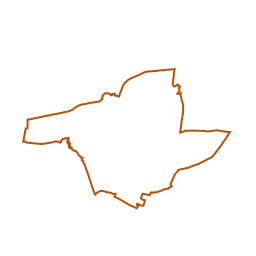 the district of Faurei, Neamt, Romania, rotated 308°
{"feature_id": "2599482B17296269865935", "entity_name": "Faurei", "entity_type": "district", "adm_level": 2, "iso_a3": "ROU", "parent_name": "Romania", "parent_adm1": "Neamt", "projection": "natural_earth1", "projection_center": [26.714, 46.923], "detail": "fine", "context": "isolated", "style": "outline", "palette": "amber", "viewbox_px": 256, "rotation_deg": 308, "n_neighbors": 0, "source": "geoboundaries", "source_scale": "gbopen_adm2", "svg_char_len": 5268}
<svg xmlns="http://www.w3.org/2000/svg" viewBox="0 0 256 256"><g transform="rotate(308 128 128)"><path d="M108.9,198.4L109.8,196.1L110.1,196.0L112.8,195.4L113.8,195.1L115.1,194.8L115.7,194.6L120.7,193.4L122.4,193.6L126.3,193.7L127.1,194.4L131.7,198.2L132.8,199.1L133.4,199.7L133.6,199.5L134.5,200.4L138.8,202.8L139.5,203.4L140.7,204.0L141.5,204.7L142.8,205.8L144.5,206.3L147.6,207.7L150.8,209.3L152.1,209.8L154.4,211.0L156.7,211.9L158.3,212.2L160.1,212.2L170.8,212.1L173.9,211.9L174.6,211.8L175.3,211.7L180.4,211.6L181.8,211.4L182.5,211.4L185.0,211.0L186.6,210.8L187.5,210.9L184.7,206.3L183.9,204.7L183.3,203.8L181.7,200.8L180.8,199.4L180.0,198.5L177.4,196.1L175.1,193.7L174.3,192.8L173.6,191.8L173.5,191.3L168.7,184.5L165.0,179.7L163.8,178.3L163.1,177.3L162.2,176.4L161.9,175.7L161.9,175.4L161.6,175.3L156.8,172.2L156.5,171.9L164.9,167.0L166.3,166.1L170.0,164.0L173.0,162.5L175.6,160.8L178.3,158.7L179.3,157.9L181.4,155.6L183.9,152.1L186.1,149.3L187.1,148.5L187.8,148.1L186.8,147.8L186.5,147.5L185.4,145.8L187.6,145.5L188.1,145.6L188.9,145.5L189.6,145.4L189.9,144.7L190.4,144.0L190.7,143.8L191.4,143.8L192.2,143.3L192.5,143.4L192.7,143.1L192.6,142.7L192.2,142.0L192.9,140.7L192.5,140.5L192.5,140.2L191.3,140.1L190.7,139.8L190.0,139.3L189.4,139.0L189.1,138.7L189.5,137.5L190.0,136.7L190.2,136.1L190.4,135.9L190.9,135.7L203.1,128.4L202.9,128.3L202.8,128.2L199.5,124.6L198.9,124.1L198.5,123.5L197.9,122.8L195.3,120.2L193.0,117.6L189.5,114.2L184.3,108.4L183.4,107.6L182.7,107.1L181.4,106.3L177.0,104.2L170.6,100.6L168.0,99.4L166.9,98.9L166.3,98.6L165.6,98.4L161.1,97.7L160.6,97.7L159.6,97.9L158.9,97.9L156.0,98.7L147.1,101.5L146.7,99.8L146.3,98.7L145.6,98.1L145.9,96.4L146.4,96.6L146.8,96.5L146.4,95.8L145.8,95.2L145.3,94.6L144.6,94.6L144.1,95.1L143.6,95.0L143.3,94.4L143.3,94.0L143.5,93.3L143.5,92.4L143.4,91.7L143.1,90.9L142.4,90.0L141.8,88.9L140.5,88.4L139.8,88.3L139.2,88.1L138.8,88.1L138.7,88.2L137.9,88.1L137.8,88.3L137.2,88.4L137.1,88.7L136.7,88.9L136.3,89.0L135.6,89.0L135.6,89.6L135.1,90.0L134.7,90.1L133.1,89.5L132.5,89.4L131.3,89.2L125.4,83.6L123.4,81.8L121.7,80.5L120.0,78.9L119.1,78.2L118.0,77.2L117.6,76.7L117.2,76.5L115.4,75.4L110.8,73.5L109.9,73.3L108.6,73.3L108.1,73.1L107.5,72.4L106.6,72.1L105.9,71.7L104.7,71.0L103.6,70.1L102.1,68.8L101.7,68.6L99.8,66.9L98.0,65.5L91.5,59.7L89.5,58.1L87.2,56.0L85.1,54.2L84.6,54.0L83.0,52.5L79.5,49.6L73.4,44.4L72.7,43.8L66.0,48.9L64.7,47.7L52.9,53.8L53.1,53.9L53.0,54.1L53.5,54.7L53.6,55.0L54.0,55.4L54.2,55.6L54.3,55.8L54.1,56.1L54.1,57.0L54.8,58.3L55.2,58.9L55.6,59.3L55.7,59.7L55.9,59.9L56.5,60.8L58.5,64.1L58.9,64.6L60.1,66.6L60.3,66.9L61.2,68.3L61.5,69.1L62.1,69.8L64.1,71.6L65.1,72.7L67.8,75.0L69.8,77.0L70.7,77.7L71.2,78.0L71.4,78.1L71.7,78.3L71.9,78.6L72.8,79.0L73.1,79.6L73.7,80.4L74.0,81.4L74.3,81.8L74.4,82.2L74.4,82.5L74.4,82.9L74.7,83.2L74.8,83.6L75.1,83.7L75.5,83.8L76.0,83.7L76.7,83.2L77.5,83.4L77.8,83.5L78.5,83.3L79.0,83.3L79.3,83.4L80.0,84.0L80.6,84.7L81.4,85.0L81.6,85.2L83.6,87.3L83.2,87.6L82.9,87.3L82.6,87.1L82.2,87.2L82.1,87.3L82.4,87.8L82.2,87.9L81.8,88.0L81.3,88.9L81.3,89.1L81.0,89.3L80.8,89.3L80.7,89.1L80.8,88.9L80.7,88.8L80.4,88.9L80.3,88.6L80.2,88.6L79.9,88.7L79.9,88.9L80.1,89.1L79.6,89.2L79.7,89.4L79.7,89.6L79.3,89.7L79.2,89.9L79.3,90.0L79.5,90.1L79.9,90.1L80.0,90.2L79.9,90.5L79.5,90.5L79.6,90.8L79.9,90.9L80.2,90.7L80.1,91.1L79.6,91.2L79.6,91.4L80.0,91.5L79.9,91.7L79.7,91.7L79.7,91.9L79.5,92.0L79.2,91.9L79.3,92.1L79.5,92.2L79.4,92.3L78.7,92.6L78.3,92.3L78.1,92.3L78.0,92.5L77.9,93.2L77.6,93.2L77.3,92.8L77.1,92.9L76.7,93.2L76.7,93.4L76.9,93.2L76.9,93.5L76.6,93.5L76.4,94.0L76.5,94.3L76.5,94.5L77.3,94.6L77.5,95.0L77.3,95.2L77.1,95.2L77.1,95.4L77.7,95.6L77.7,95.8L77.3,95.7L77.0,95.8L76.9,96.4L76.8,96.7L76.8,99.1L77.1,100.1L77.4,100.1L77.4,100.3L77.3,100.6L77.6,100.7L77.7,100.8L77.8,101.0L77.7,101.2L77.8,101.5L77.8,101.8L76.8,104.6L76.7,105.1L76.0,106.8L76.1,107.8L76.3,108.0L76.1,108.2L76.0,108.4L76.2,108.9L76.2,109.2L76.3,109.9L76.6,110.6L75.2,110.5L75.2,111.1L74.7,111.3L74.2,111.5L74.5,112.8L74.1,113.0L73.4,114.0L72.8,115.6L72.5,116.2L72.4,116.5L71.9,117.0L71.1,118.4L68.9,121.8L67.1,125.0L66.9,125.1L57.7,138.8L54.7,143.7L55.1,143.4L56.4,143.1L56.9,143.1L57.9,143.2L58.2,143.6L58.9,143.9L59.2,144.1L61.2,144.8L61.8,145.4L62.5,146.6L63.2,147.5L64.1,149.7L64.0,149.8L64.0,150.1L64.0,150.3L66.4,154.4L66.6,155.9L66.8,156.2L66.8,156.4L67.3,157.4L67.8,157.9L68.2,158.4L68.2,158.6L68.4,158.8L65.5,159.6L65.8,160.4L65.9,160.8L66.2,162.9L66.6,164.7L66.6,165.0L66.7,165.6L67.2,167.9L67.3,168.7L68.1,175.2L68.1,175.9L70.1,184.3L73.3,183.9L72.9,182.5L73.8,181.9L74.1,181.9L74.2,182.0L74.3,182.9L74.5,183.4L74.3,184.0L74.3,184.4L74.4,184.7L74.5,185.0L75.6,187.1L75.8,187.4L76.4,187.7L77.0,187.8L77.5,187.6L81.4,185.9L81.3,185.4L80.7,184.2L80.7,183.7L80.5,183.0L80.6,181.3L85.3,180.1L88.4,186.5L91.2,185.6L91.7,186.1L91.7,186.3L91.7,186.6L92.1,186.7L92.3,187.0L92.3,187.3L92.8,187.6L92.8,188.0L93.1,188.1L93.2,188.3L93.3,188.5L93.9,188.8L94.1,189.1L94.3,189.4L94.6,189.7L94.7,189.9L94.9,190.0L95.1,190.1L95.8,190.6L96.2,190.7L96.3,191.0L98.6,192.4L99.3,193.0L99.9,193.2L100.9,193.9L101.2,193.9L101.5,194.0L103.1,195.2L104.9,197.0L105.1,197.1L105.5,197.1L105.8,196.9L107.3,197.7L107.9,197.9L108.2,198.1L108.4,198.1L108.9,198.4Z" fill="none" stroke="#b45309" stroke-width="2"/></g></svg>